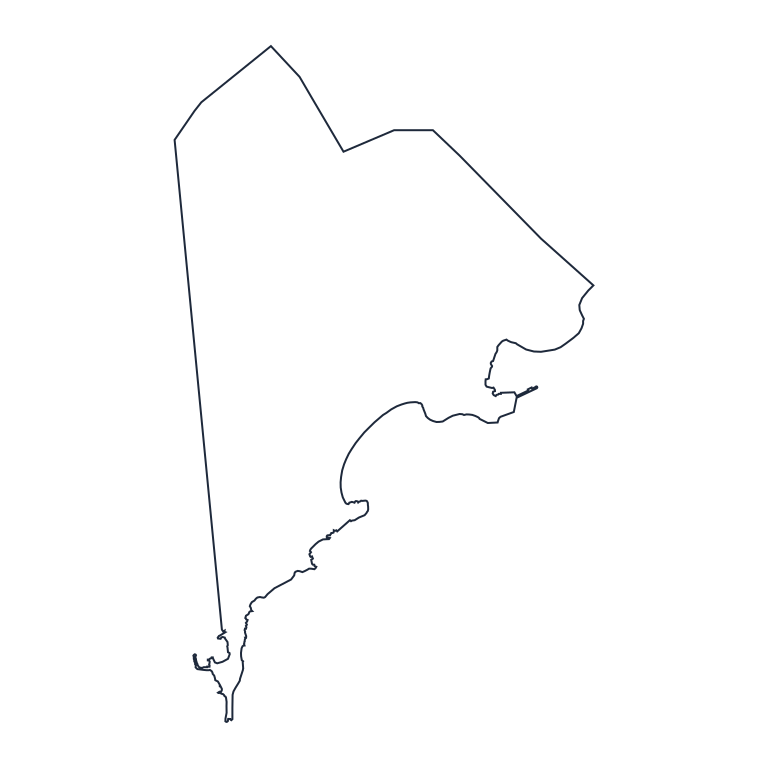 Municipality CH, Montevideo, Uruguay (Albers equal-area conic projection)
{"feature_id": "84410073B90107892201288", "entity_name": "Municipality CH", "entity_type": "district", "adm_level": 2, "iso_a3": "URY", "parent_name": "Uruguay", "parent_adm1": "Montevideo", "projection": "albers", "projection_center": [-56.149, -34.909], "detail": "fine", "context": "isolated", "style": "outline", "palette": "slate", "viewbox_px": 768, "rotation_deg": 0, "n_neighbors": 0, "source": "geoboundaries", "source_scale": "gbopen_adm2", "svg_char_len": 5307}
<svg xmlns="http://www.w3.org/2000/svg" viewBox="0 0 768 768"><path d="M270.9,46.1L201.3,102.3L194.6,110.8L174.6,139.9L198.3,385.6L221.9,629.6L223.2,631.5L224.5,630.7L224.4,631.2L224.7,631.7L224.9,632.0L225.4,632.2L219.8,635.6L219.0,635.9L218.3,636.8L217.7,637.7L218.0,638.5L220.6,638.8L221.4,637.4L222.7,637.0L224.8,637.6L225.0,638.5L227.5,642.0L227.8,645.2L227.2,646.3L227.5,647.5L228.0,652.2L229.5,653.0L229.7,654.2L228.0,658.8L222.5,661.8L217.2,663.3L214.9,662.4L212.9,658.2L212.8,657.4L211.7,657.4L211.6,658.2L210.7,658.3L209.6,658.9L209.2,659.6L207.8,659.6L207.8,660.4L209.1,660.5L209.7,661.6L209.5,663.2L209.1,664.6L209.6,665.3L209.5,666.7L207.2,666.6L207.2,667.2L203.7,667.2L202.4,667.8L201.8,667.9L200.5,667.7L199.6,667.4L198.9,667.0L197.7,665.2L197.4,664.0L196.8,662.9L196.4,661.4L196.0,660.1L196.0,659.1L195.4,657.6L195.6,656.2L196.0,655.2L195.6,654.6L194.8,654.3L194.0,654.8L193.4,655.6L193.8,657.0L193.8,659.0L194.3,660.1L194.2,661.1L194.8,662.2L194.9,662.9L195.3,663.3L195.1,664.3L195.7,665.1L195.8,665.8L195.6,667.3L196.5,668.3L197.4,669.1L203.4,669.9L206.6,670.2L208.9,670.2L209.9,669.9L211.6,671.1L212.4,672.4L212.7,673.9L214.2,675.6L214.9,678.0L215.3,680.2L217.9,681.5L220.2,685.5L219.7,686.0L219.8,686.4L220.4,686.6L220.9,686.9L221.9,689.0L221.8,690.3L221.5,691.0L220.9,691.6L219.6,691.7L218.9,692.1L218.0,692.7L218.4,693.0L219.5,692.8L220.2,693.2L220.7,692.7L221.7,693.8L223.0,694.1L223.9,694.9L224.6,696.2L225.5,696.6L226.0,697.6L226.6,701.9L226.5,706.0L226.6,712.8L225.5,718.5L225.4,721.3L226.3,721.9L227.0,721.8L227.8,721.2L228.2,718.9L230.3,719.0L230.6,719.7L231.3,720.2L232.4,719.2L232.4,707.9L232.6,694.8L233.5,691.4L235.5,687.8L238.1,683.6L239.8,680.7L240.0,678.9L242.9,670.0L243.0,668.9L243.2,668.6L242.7,662.0L243.1,661.3L241.8,660.2L241.1,656.3L241.0,652.9L241.6,648.3L242.5,646.3L243.4,645.6L244.5,645.5L244.0,643.8L244.4,643.0L244.3,642.3L244.4,641.8L244.8,641.2L244.7,640.2L245.1,638.8L245.6,638.4L245.2,637.6L246.1,637.5L246.2,636.1L245.7,634.7L245.0,632.5L245.1,631.5L244.6,630.1L245.0,628.6L246.0,628.7L246.4,627.2L245.9,625.9L246.9,624.7L245.9,622.9L247.1,621.5L247.6,620.0L246.2,619.4L245.8,618.3L245.3,618.0L246.0,615.7L248.4,614.2L248.9,613.2L249.2,612.2L250.1,611.4L252.2,611.1L251.3,610.2L250.7,607.6L249.8,606.2L250.5,604.3L251.8,602.2L253.2,601.3L254.4,600.6L255.9,598.7L257.4,597.5L260.0,597.0L261.6,597.4L263.8,597.7L265.1,597.1L267.5,594.2L271.0,591.2L274.5,588.2L291.1,579.5L294.2,575.4L294.6,573.0L295.4,571.8L297.7,570.9L299.7,571.2L302.4,572.1L304.7,571.1L307.4,569.7L309.0,568.7L311.2,568.7L314.4,569.2L315.6,568.1L316.3,566.8L314.6,566.1L314.3,564.7L312.7,564.6L312.0,563.7L311.2,559.8L312.9,558.6L312.0,556.4L310.8,556.9L310.2,556.5L309.4,554.2L311.0,552.2L309.9,551.0L310.4,549.6L311.2,548.5L315.6,544.1L317.3,542.7L318.6,541.6L323.0,539.4L326.8,539.2L329.0,539.1L329.8,538.0L326.8,537.3L326.7,536.7L326.8,536.1L327.2,535.5L327.7,535.3L328.9,535.2L330.1,535.3L330.4,534.4L331.0,533.9L331.3,533.0L332.3,533.0L333.5,532.6L333.8,531.5L333.8,530.3L334.4,530.6L335.3,530.8L336.3,530.3L337.2,531.4L349.9,520.2L351.0,521.2L352.0,520.6L354.7,520.2L359.0,517.5L364.6,515.2L366.5,513.0L367.0,512.0L367.7,511.2L368.2,509.4L368.1,506.4L367.9,505.2L367.8,502.8L367.0,501.2L366.1,500.7L365.2,500.6L362.5,500.9L361.1,500.7L360.5,501.3L359.1,501.7L358.2,502.5L357.8,501.6L356.7,501.1L355.7,501.1L355.0,501.7L354.5,502.7L352.8,502.1L351.8,501.9L350.0,502.5L349.4,502.6L348.5,504.1L347.4,504.0L346.3,503.6L345.4,502.7L342.8,497.4L341.5,492.6L340.7,487.5L340.6,482.3L341.1,476.9L342.2,470.4L344.1,464.2L346.2,459.1L348.8,453.7L351.7,449.0L355.7,443.0L359.5,438.2L364.3,432.4L368.9,427.8L374.5,422.3L383.0,415.0L386.4,412.9L391.2,409.4L396.8,406.3L401.5,404.5L404.7,403.5L407.4,402.8L410.2,402.4L413.3,402.2L415.3,402.1L417.2,402.3L418.5,402.9L418.8,403.2L420.4,403.1L421.6,404.2L422.3,405.4L422.3,406.5L423.2,407.9L423.5,409.2L425.3,413.7L426.0,416.1L427.8,418.0L430.1,419.7L433.0,421.0L436.5,422.0L439.5,421.9L442.7,421.5L448.6,417.8L452.8,415.7L459.6,414.0L462.3,414.2L464.0,415.0L466.5,414.4L469.2,414.5L472.3,414.9L475.2,415.9L477.8,417.1L479.0,417.9L479.6,418.9L487.8,423.0L493.6,422.7L497.6,422.5L497.9,421.4L499.0,418.2L500.5,416.8L513.8,412.0L516.6,397.8L536.7,388.3L537.1,387.9L537.3,387.5L537.1,386.7L536.3,386.4L535.7,386.7L535.0,387.3L532.1,388.7L531.6,387.5L527.8,389.4L528.3,390.5L518.2,395.3L516.6,396.2L514.4,392.3L500.9,392.8L500.9,393.9L498.6,393.9L498.1,394.6L496.5,394.9L495.7,396.1L493.7,395.1L492.7,393.5L493.1,391.7L495.0,391.1L494.9,389.8L493.5,387.6L492.1,388.0L488.4,387.1L486.6,386.6L485.5,384.8L485.5,381.1L485.7,379.3L487.1,379.2L488.8,378.5L489.2,375.4L489.8,372.1L490.6,368.4L492.0,366.7L492.1,366.0L491.0,364.3L490.8,363.7L490.8,362.9L491.6,361.5L493.1,361.0L495.5,353.8L496.5,352.4L497.3,350.4L497.3,347.0L498.5,345.3L500.2,343.4L501.8,341.6L503.2,340.7L506.5,339.6L507.2,340.2L507.8,340.6L510.1,341.7L511.3,342.2L515.8,343.2L517.1,344.3L526.1,349.5L533.9,351.5L541.0,351.8L548.0,350.7L554.8,349.6L560.6,347.2L565.6,343.7L573.1,338.1L578.8,333.2L581.5,328.3L583.1,323.8L583.1,321.0L583.9,318.8L582.3,315.7L581.5,314.0L579.9,310.5L579.7,309.8L579.3,305.0L582.1,298.1L588.3,290.5L593.4,285.4L541.1,238.7L459.6,155.6L432.9,130.2L394.1,130.2L343.5,151.7L311.8,97.8L299.6,76.9L270.9,46.1Z" fill="none" stroke="#1e293b" stroke-width="2"/></svg>